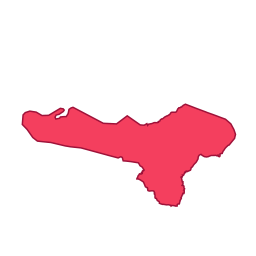 Kota Solok, Sumatera Barat, Indonesia, rotated 32°
{"feature_id": "22746128B30699524960223", "entity_name": "Kota Solok", "entity_type": "district", "adm_level": 2, "iso_a3": "IDN", "parent_name": "Indonesia", "parent_adm1": "Sumatera Barat", "projection": "robinson", "projection_center": [100.652, -0.779], "detail": "fine", "context": "isolated", "style": "filled", "palette": "rose", "viewbox_px": 256, "rotation_deg": 32, "n_neighbors": 0, "source": "geoboundaries", "source_scale": "gbopen_adm2", "svg_char_len": 4195}
<svg xmlns="http://www.w3.org/2000/svg" viewBox="0 0 256 256"><g transform="rotate(32 128 128)"><path d="M36.5,181.0L43.3,182.7L52.3,186.5L57.0,187.0L58.1,187.1L61.5,185.5L70.2,181.2L84.4,176.4L85.8,175.8L89.2,174.4L98.6,169.8L124.1,162.1L125.5,161.7L135.5,158.6L137.1,156.2L138.8,156.0L141.3,158.4L144.4,156.8L148.4,154.9L155.3,152.0L158.2,153.6L160.7,153.6L163.1,154.7L163.9,155.1L163.8,155.6L163.9,155.9L163.9,156.1L163.6,156.3L163.2,156.3L163.0,157.2L163.5,157.7L164.0,158.5L164.2,159.0L164.0,159.4L163.8,159.6L163.4,159.2L163.3,158.9L163.1,158.9L163.1,159.2L163.3,160.1L163.3,160.3L163.1,160.4L162.2,160.6L162.0,161.1L162.1,162.1L161.9,162.9L161.9,163.1L162.0,163.6L162.1,164.0L162.2,164.3L162.4,165.1L162.2,165.8L162.5,166.5L163.7,165.8L165.7,165.5L169.7,165.6L171.9,167.1L173.9,168.6L175.0,168.6L176.0,168.3L176.3,168.8L176.7,168.9L177.5,170.0L177.8,170.3L178.3,170.5L179.6,170.1L181.6,168.5L181.9,168.4L182.5,168.0L183.7,167.9L184.4,168.6L185.1,169.7L185.3,169.5L185.4,170.0L186.2,170.3L186.4,170.6L186.9,171.2L187.3,172.0L187.8,172.7L188.5,173.1L189.4,172.7L191.3,174.0L193.3,173.9L194.0,174.4L194.5,175.2L194.8,175.1L195.7,175.0L196.2,174.9L197.9,174.4L198.6,173.9L201.3,172.8L203.0,171.6L205.3,170.9L205.9,171.4L206.0,171.2L206.2,170.5L207.1,170.0L207.5,169.8L207.8,169.6L208.3,169.4L208.8,169.3L209.1,169.0L209.5,169.1L211.0,168.2L210.3,166.7L210.8,165.9L211.0,165.6L211.6,165.4L211.7,165.2L211.6,164.6L211.3,164.1L211.1,163.2L210.8,162.2L210.5,161.8L210.5,161.5L210.6,161.4L210.6,160.4L210.5,160.2L210.5,159.4L210.4,159.3L209.8,158.9L209.9,158.4L209.9,157.8L209.8,157.4L209.6,157.0L209.5,156.3L209.7,155.7L209.1,154.6L209.1,154.3L209.3,154.1L209.9,154.1L210.1,154.0L210.1,153.8L210.0,153.7L210.0,153.2L209.8,152.9L209.0,151.5L208.8,151.2L208.5,151.0L208.2,151.1L208.2,150.8L208.1,150.4L208.3,149.8L208.2,149.5L208.1,149.4L207.6,149.3L207.1,149.1L206.8,148.7L206.6,148.1L206.1,147.6L205.8,147.5L205.4,147.5L204.4,148.1L204.2,148.0L204.3,147.8L204.6,147.3L204.7,147.1L204.2,146.6L204.2,146.2L204.0,145.9L203.9,145.6L203.6,145.3L203.4,145.2L203.3,144.8L203.1,144.5L202.6,144.9L202.2,144.5L199.9,142.1L199.7,141.4L199.1,141.6L199.0,141.1L199.9,141.0L199.9,140.4L199.6,139.6L199.6,139.2L199.3,139.0L199.9,138.8L200.1,138.6L200.1,137.8L199.9,137.4L199.9,136.8L199.6,135.7L199.7,135.1L200.1,135.2L200.3,135.5L200.5,135.3L200.4,134.5L200.3,134.1L200.2,133.7L200.9,133.4L201.4,133.5L201.8,132.9L202.0,132.5L202.4,132.1L202.8,131.3L203.2,130.9L203.3,130.3L202.6,128.0L203.2,126.9L203.2,124.3L203.5,122.7L203.9,121.2L203.9,119.3L203.8,118.1L203.8,117.2L203.1,115.8L202.8,114.9L202.8,113.3L203.5,112.1L204.1,111.6L205.2,111.9L205.9,111.9L208.0,111.8L208.9,111.4L210.0,110.9L211.4,109.6L211.8,108.9L213.1,107.2L215.8,105.5L216.7,104.8L217.5,104.5L217.8,104.5L218.1,104.5L218.7,103.2L218.9,103.3L219.0,103.4L219.1,103.9L219.3,104.1L220.6,104.0L220.8,103.8L220.8,103.5L220.9,103.2L220.8,102.9L220.6,102.6L220.4,102.1L220.1,101.9L219.8,101.5L219.8,101.2L220.2,100.7L220.7,100.2L221.2,99.8L221.2,99.7L221.3,99.6L221.1,99.4L221.1,98.0L220.9,97.2L221.1,96.0L221.1,93.9L221.5,91.8L221.6,91.4L221.7,91.2L222.0,89.8L222.8,88.8L223.4,83.9L223.9,80.4L223.8,80.1L223.4,79.0L222.6,76.5L221.2,75.3L218.6,73.2L213.0,70.0L206.0,68.9L199.8,70.2L197.7,70.6L192.4,71.7L187.5,72.8L186.0,73.1L185.8,73.1L176.5,75.0L164.1,77.4L163.3,78.7L163.1,79.1L162.8,79.6L162.8,80.0L162.4,80.8L162.4,81.6L162.2,81.9L161.7,82.2L161.3,83.3L160.4,83.9L160.4,84.5L160.1,85.3L160.4,87.7L160.3,88.8L159.9,89.5L156.8,91.4L156.3,92.1L156.2,94.6L156.0,95.0L155.7,95.2L155.5,95.8L155.0,96.8L154.5,97.2L154.0,98.1L153.3,99.3L152.5,101.8L152.4,102.0L151.8,102.3L151.6,103.0L151.2,103.5L151.1,103.9L151.3,104.9L151.2,105.4L150.3,106.5L150.8,107.1L149.8,108.1L147.4,109.5L145.9,111.6L145.0,112.4L143.4,113.9L143.3,115.4L141.7,114.3L140.3,117.0L138.9,117.8L136.7,118.9L120.9,118.1L116.1,130.6L104.6,137.1L70.4,139.6L69.0,141.3L68.1,143.5L69.6,147.5L69.6,151.0L67.1,152.7L64.8,154.5L64.8,156.0L62.1,158.6L60.4,157.5L60.2,155.1L62.3,152.9L64.4,148.3L64.4,146.6L62.9,146.1L60.2,147.2L54.0,159.3L49.8,162.1L48.5,163.0L48.4,163.0L41.7,163.2L35.8,165.7L32.7,169.4L32.1,172.5L36.5,181.0Z" fill="#f43f5e" stroke="#9f1239" stroke-width="1.5"/></g></svg>